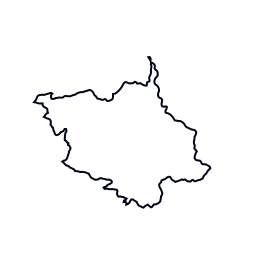 Açucena, Minas Gerais, Brazil, rotated 220°
{"feature_id": "56859067B35065723034456", "entity_name": "Açucena", "entity_type": "district", "adm_level": 2, "iso_a3": "BRA", "parent_name": "Brazil", "parent_adm1": "Minas Gerais", "projection": "robinson", "projection_center": [-42.437, -19.076], "detail": "fine", "context": "isolated", "style": "outline", "palette": "ink", "viewbox_px": 256, "rotation_deg": 220, "n_neighbors": 0, "source": "geoboundaries", "source_scale": "gbopen_adm2", "svg_char_len": 4718}
<svg xmlns="http://www.w3.org/2000/svg" viewBox="0 0 256 256"><g transform="rotate(220 128 128)"><path d="M156.7,60.0L155.4,60.1L153.8,59.8L152.1,59.7L150.7,59.9L149.0,60.7L147.4,60.3L146.0,60.9L144.6,61.1L142.5,61.6L141.0,61.0L139.3,62.1L137.8,63.0L136.6,63.5L135.5,64.2L134.7,65.2L133.6,65.8L132.2,66.6L130.3,67.2L128.6,67.8L126.8,67.0L125.4,66.6L124.1,66.2L123.0,66.5L121.7,66.9L120.1,67.1L118.7,68.5L117.8,69.5L117.4,71.2L116.2,72.4L114.6,73.0L113.1,74.0L111.3,74.5L110.1,75.7L108.7,76.6L107.1,76.9L106.0,76.7L105.3,75.4L105.8,73.8L106.3,72.6L107.0,71.5L107.0,69.8L107.6,68.4L108.4,66.7L106.8,66.3L105.7,67.6L104.4,68.4L102.8,69.2L101.7,70.3L100.5,71.3L99.3,72.0L98.0,72.9L96.7,73.5L95.3,72.6L94.3,70.6L92.6,69.6L91.2,69.3L89.9,70.6L88.3,71.3L87.1,72.1L85.9,72.3L84.9,72.7L83.7,73.0L83.6,71.3L84.4,70.0L83.7,68.5L82.4,69.9L81.1,69.6L80.1,68.1L79.2,69.8L78.9,71.6L79.4,73.5L79.5,75.3L78.3,76.5L76.7,76.4L75.4,76.7L74.0,77.0L72.1,76.1L70.2,75.5L68.4,75.9L66.5,76.4L64.9,77.0L64.9,78.6L64.3,80.4L63.5,82.1L61.9,81.9L59.4,82.0L58.8,83.4L59.0,84.8L59.0,86.2L57.9,87.0L57.3,88.0L56.4,90.0L56.1,92.2L56.8,93.8L57.8,95.4L58.7,96.9L59.0,98.6L59.8,100.1L61.1,100.9L63.2,102.1L64.9,102.7L66.7,103.6L67.9,104.9L67.9,106.5L67.8,107.9L68.6,109.3L67.8,111.1L66.8,112.6L66.5,114.3L65.8,116.4L64.3,117.6L62.7,117.1L60.8,116.6L59.0,117.0L57.1,117.1L56.2,118.6L55.0,120.5L54.2,122.1L53.5,123.4L52.3,123.7L51.4,125.1L50.3,125.4L48.7,125.3L47.2,126.0L45.7,127.2L45.6,128.9L44.9,130.0L43.2,129.9L42.0,130.6L41.5,131.7L40.7,133.2L39.4,134.7L38.8,136.2L38.3,137.6L39.1,139.5L39.1,141.3L38.8,143.6L39.2,145.5L39.3,147.0L39.2,148.4L39.0,150.0L40.1,150.8L41.5,150.8L43.3,150.5L44.9,150.2L46.0,149.5L47.2,148.4L48.9,148.2L50.0,148.9L51.7,149.2L53.1,148.5L54.2,147.7L56.0,147.2L57.7,147.8L58.7,149.2L59.4,150.9L60.0,152.5L60.3,154.3L62.2,154.7L64.0,155.0L65.0,156.5L65.8,157.7L67.3,158.4L68.6,159.6L69.3,161.0L70.3,162.6L71.4,164.2L71.7,165.8L72.1,167.1L72.7,168.3L74.4,169.3L75.9,169.1L77.2,168.4L78.5,167.7L80.6,167.1L82.2,166.7L83.4,166.4L84.9,166.3L86.0,166.7L87.7,167.3L89.4,167.4L91.1,167.3L92.4,166.9L93.8,165.8L95.8,164.7L97.2,163.9L98.4,164.3L99.8,164.9L101.5,165.2L103.3,165.5L104.7,165.4L106.5,165.1L107.8,164.5L109.2,164.0L110.4,165.3L110.9,167.7L111.9,169.2L113.2,168.7L114.2,167.3L115.6,166.6L116.9,167.1L118.0,168.3L118.9,170.0L120.0,171.6L121.7,172.0L123.0,171.4L124.7,171.5L126.4,172.7L127.5,174.6L128.0,176.2L128.9,177.4L130.4,178.4L132.1,179.1L133.3,179.2L134.5,179.0L136.1,179.2L137.7,180.5L138.5,182.1L139.0,183.8L138.9,185.5L139.0,187.3L140.0,188.5L141.0,189.6L142.2,190.3L143.6,190.4L144.9,190.4L146.1,190.9L147.1,192.6L148.2,193.5L149.4,193.6L150.9,193.6L152.4,193.2L151.6,191.7L149.9,190.5L149.1,189.5L148.5,188.2L147.6,187.0L146.3,185.7L145.4,184.2L144.8,182.3L144.4,180.5L143.5,179.5L142.4,178.7L141.6,177.6L142.3,176.3L142.7,175.0L141.7,173.8L141.0,172.5L142.4,171.4L143.6,170.9L144.7,170.6L146.0,170.5L147.5,170.2L148.5,168.8L149.6,167.9L150.8,168.3L152.5,167.8L153.0,165.6L154.1,164.5L155.0,163.5L156.3,162.7L158.3,162.2L159.7,161.3L160.0,159.8L159.6,157.4L159.2,155.4L159.0,153.4L159.0,151.2L159.2,149.7L159.4,148.0L160.1,145.8L161.3,144.4L160.0,142.8L158.9,141.4L158.5,139.9L159.0,138.4L160.0,136.7L160.9,135.5L162.0,135.2L163.3,135.7L164.4,135.3L165.1,133.7L166.4,132.6L167.8,132.3L169.0,131.6L170.6,130.9L172.1,131.4L173.2,131.7L174.4,131.6L176.1,132.1L177.5,132.9L179.4,133.1L181.2,132.9L182.3,132.0L183.3,130.1L184.6,128.4L185.5,126.6L186.4,125.8L187.4,125.0L188.3,123.6L189.1,122.2L189.6,120.8L189.9,119.5L190.8,118.6L191.7,117.0L192.5,115.4L193.4,114.6L194.7,113.5L196.1,112.7L197.1,111.6L197.5,109.5L198.9,108.1L200.6,106.9L201.6,105.5L202.7,104.5L203.1,103.1L204.1,102.2L205.2,101.3L206.7,102.0L208.0,103.7L208.1,105.7L209.5,105.4L210.6,104.0L211.4,102.7L212.4,101.2L213.1,100.1L213.9,99.0L215.3,98.3L216.2,97.1L217.1,96.2L217.7,94.8L217.5,93.0L216.7,91.1L216.5,89.1L216.5,87.4L215.0,88.4L213.7,88.7L212.7,89.2L211.4,90.0L210.1,91.1L209.2,91.9L208.1,90.6L206.1,90.1L204.4,90.5L203.3,90.8L201.9,90.5L200.5,89.1L199.0,88.2L199.7,86.9L199.8,85.3L199.5,83.8L199.6,82.4L197.8,82.9L196.3,83.3L194.9,83.9L193.5,84.3L191.7,83.6L190.4,82.4L189.5,80.7L188.2,80.5L186.9,80.0L185.5,80.0L184.2,78.7L182.6,77.8L181.5,77.4L180.2,76.4L178.7,76.4L177.7,77.0L177.0,78.5L176.7,79.8L176.9,81.2L176.3,82.5L175.5,84.1L175.9,86.5L174.8,87.4L173.1,86.1L172.7,83.8L171.8,82.4L170.7,80.7L169.6,79.2L168.5,78.0L166.7,78.4L165.4,77.8L163.9,78.1L163.2,76.5L161.7,76.8L160.3,76.2L159.0,75.6L158.4,73.9L158.2,72.1L157.1,70.6L156.7,69.1L156.0,67.5L155.4,66.0L155.0,64.4L155.4,62.7L156.3,61.6L156.7,60.0ZM157.9,195.3L156.1,194.8L154.1,194.0L155.2,195.7L157.0,196.3L157.9,195.3Z" fill="none" stroke="#020617" stroke-width="2"/></g></svg>